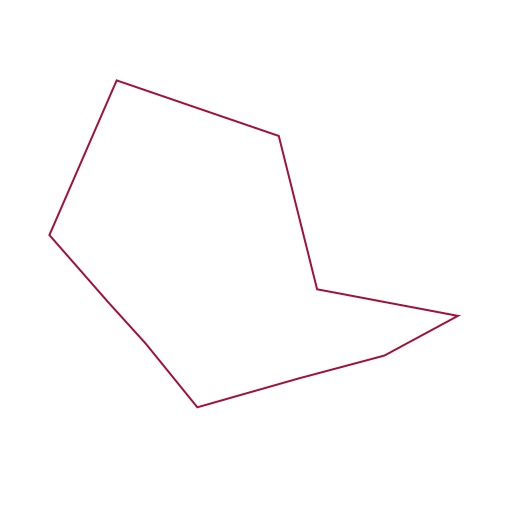 outline of Bulgan, Bulgan, Mongolia, rotated 187°
{"feature_id": "93677404B52410770806763", "entity_name": "Bulgan", "entity_type": "district", "adm_level": 2, "iso_a3": "MNG", "parent_name": "Mongolia", "parent_adm1": "Bulgan", "projection": "orthographic", "projection_center": [103.463, 48.822], "detail": "fine", "context": "isolated", "style": "outline", "palette": "rose", "viewbox_px": 512, "rotation_deg": 187, "n_neighbors": 0, "source": "geoboundaries", "source_scale": "gbopen_adm2", "svg_char_len": 318}
<svg xmlns="http://www.w3.org/2000/svg" viewBox="0 0 512 512"><g transform="rotate(187 256 256)"><path d="M48.3,221.2L48.6,221.2L191.3,230.4L248.0,377.9L415.7,413.3L463.6,251.6L397.5,192.5L355.0,155.8L295.8,98.7L197.5,140.2L116.3,172.9L115.9,173.2L48.3,221.2Z" fill="none" stroke="#9f1239" stroke-width="2"/></g></svg>